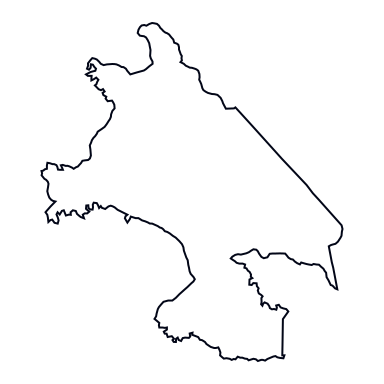 outline of Toledo, Paraná, Brazil
{"feature_id": "56859067B98926279804018", "entity_name": "Toledo", "entity_type": "district", "adm_level": 2, "iso_a3": "BRA", "parent_name": "Brazil", "parent_adm1": "Paraná", "projection": "robinson", "projection_center": [-53.821, -24.698], "detail": "fine", "context": "isolated", "style": "outline", "palette": "ink", "viewbox_px": 384, "rotation_deg": 0, "n_neighbors": 0, "source": "geoboundaries", "source_scale": "gbopen_adm2", "svg_char_len": 5570}
<svg xmlns="http://www.w3.org/2000/svg" viewBox="0 0 384 384"><path d="M235.4,107.4L234.0,108.4L225.9,108.7L224.4,105.9L223.0,103.2L222.3,101.1L220.6,97.8L217.5,94.9L214.6,94.2L211.9,94.0L207.9,92.9L205.5,91.6L203.4,90.1L202.4,88.3L201.2,83.9L200.2,81.7L199.2,79.7L199.6,77.2L199.4,74.0L198.2,70.7L196.5,69.4L194.8,68.7L191.9,67.8L189.7,67.6L188.0,66.7L185.8,65.7L183.8,63.8L180.5,62.1L181.9,60.4L181.5,58.2L181.8,56.0L180.7,54.2L179.8,51.6L179.0,49.5L179.0,47.2L178.3,44.7L176.8,43.6L174.2,42.7L173.3,39.5L172.0,38.1L170.8,36.7L169.1,34.5L167.1,33.2L165.4,32.6L163.4,31.1L161.9,29.4L160.3,27.9L159.0,25.7L157.0,23.9L154.2,23.3L152.1,23.0L149.3,24.0L146.4,25.7L144.2,25.0L141.6,25.5L140.0,27.1L138.5,29.7L137.7,33.0L139.8,35.6L141.9,36.0L143.9,36.2L146.0,37.4L147.6,39.9L149.2,43.2L149.9,47.0L150.5,50.0L150.3,53.3L150.1,55.9L150.8,58.4L152.5,61.5L152.6,63.8L149.4,66.2L145.9,69.2L143.9,70.5L136.6,72.5L130.3,74.4L127.3,70.9L125.9,68.7L123.5,67.1L121.6,67.0L119.1,65.5L116.5,64.4L114.6,64.1L112.4,64.0L106.9,64.4L103.6,65.1L100.8,63.8L99.2,61.8L96.8,59.5L94.9,58.7L92.3,58.1L90.4,60.2L88.0,63.3L88.1,65.8L87.0,68.7L89.0,69.7L90.6,67.8L90.9,64.3L92.9,64.7L94.3,66.9L96.0,68.7L95.3,70.8L93.6,71.2L90.6,72.0L86.0,74.4L87.9,75.9L89.7,75.9L91.6,75.9L91.4,78.1L91.4,80.4L94.0,79.1L96.2,77.6L98.4,79.8L97.2,81.9L96.4,84.2L94.9,85.4L96.7,87.2L98.6,89.2L101.0,90.2L103.0,89.1L104.6,91.5L102.6,92.9L103.4,95.1L106.3,96.7L105.6,98.6L107.7,101.2L112.0,100.6L113.1,102.3L114.3,104.7L114.6,108.4L112.4,110.9L111.1,114.4L110.9,116.8L109.9,119.2L108.7,120.9L106.7,124.1L104.6,126.9L101.7,129.0L97.7,131.7L96.8,133.8L95.1,136.2L93.5,137.8L91.9,140.2L91.1,142.6L89.8,145.4L90.4,149.5L90.9,155.6L89.9,158.5L88.1,160.0L84.7,160.4L82.4,160.8L81.0,163.1L79.3,164.9L77.9,166.5L75.9,167.3L73.7,168.8L72.0,167.6L69.2,166.3L67.5,165.8L65.7,165.9L62.8,164.9L60.9,165.3L61.9,167.3L62.9,169.8L59.9,169.8L58.0,169.6L57.3,166.8L56.4,165.1L54.1,164.1L52.4,164.1L49.8,163.2L47.4,162.8L46.9,165.6L46.9,168.8L44.8,169.3L43.3,170.6L41.5,171.0L42.1,173.3L41.6,175.3L44.4,178.8L46.1,179.8L47.8,181.7L48.5,183.8L48.0,187.3L47.3,191.2L48.1,194.4L49.3,197.6L51.2,199.8L53.0,200.9L55.4,201.5L50.6,206.4L45.5,212.2L47.3,214.8L47.9,217.6L48.4,222.0L50.4,220.1L52.2,219.6L54.5,222.8L57.7,223.6L58.6,220.4L57.8,217.5L56.5,214.4L57.6,212.3L59.7,214.5L61.9,210.9L63.8,210.3L65.9,215.5L69.0,214.6L70.8,214.8L70.6,212.3L72.9,210.3L75.8,211.0L77.0,213.9L79.2,215.8L80.7,217.0L84.0,218.3L82.8,214.7L84.7,213.4L87.2,213.4L89.3,211.6L87.6,210.2L86.0,208.8L86.3,205.5L88.3,205.3L88.5,208.0L90.3,209.5L92.6,209.6L93.0,207.2L92.8,204.7L93.7,202.7L96.8,203.1L98.1,205.4L99.1,208.0L100.8,206.1L101.9,207.8L105.2,209.0L108.5,206.4L110.7,205.7L112.6,206.3L114.7,207.4L117.6,209.8L122.0,212.0L127.4,214.7L125.5,216.3L124.9,218.3L127.4,222.6L129.9,219.0L130.8,216.6L135.5,218.1L138.4,218.1L142.1,220.4L145.1,221.3L148.0,222.5L149.7,223.5L152.2,223.6L157.8,226.1L159.8,227.5L161.6,228.0L163.2,229.2L164.8,231.2L167.4,232.0L169.9,233.5L172.8,235.8L175.7,237.6L179.4,241.2L182.0,244.2L183.4,247.3L183.9,250.7L186.3,257.5L187.7,260.2L188.3,264.9L189.0,267.8L189.6,271.2L190.7,273.9L193.5,277.0L194.8,279.2L193.4,281.5L191.3,283.3L187.5,287.0L184.2,289.9L179.4,294.2L175.9,297.8L172.4,300.5L168.3,300.5L163.5,301.8L161.0,304.6L158.9,307.1L157.8,309.2L156.6,313.6L156.1,316.4L154.5,318.9L159.3,322.9L158.9,325.2L159.3,327.5L162.3,327.5L165.0,327.9L166.9,327.5L166.9,329.6L163.8,331.7L164.7,333.6L166.6,333.7L167.7,337.0L171.8,336.2L174.0,338.8L172.5,340.1L173.7,341.9L175.9,342.0L176.1,338.8L177.7,337.6L178.7,340.0L181.1,341.0L182.7,338.1L185.1,337.6L188.9,337.9L190.2,336.5L189.7,333.5L192.5,332.7L192.2,334.8L195.9,336.2L198.2,337.1L199.9,339.8L201.9,340.1L203.6,341.1L205.1,342.1L206.4,344.0L208.0,345.1L210.7,346.9L214.1,348.0L215.9,348.0L218.3,347.4L219.5,349.9L220.4,352.5L220.1,355.4L221.9,357.0L223.8,358.6L226.5,358.2L229.7,358.8L231.7,359.9L233.7,359.0L235.5,359.3L237.7,356.7L240.3,357.7L242.4,357.7L244.8,358.6L247.2,358.9L248.6,360.3L250.5,359.7L253.4,358.8L255.9,359.3L257.9,361.0L261.1,359.9L262.9,359.9L265.1,360.6L267.4,359.0L273.4,356.5L275.5,356.1L277.3,357.3L279.9,357.9L283.4,358.3L284.4,355.3L282.3,355.3L282.5,344.9L282.9,319.1L288.3,311.5L286.3,309.1L283.3,308.4L280.6,307.4L278.8,304.8L276.2,305.5L276.9,307.7L276.3,309.7L274.0,309.0L271.9,309.3L269.9,308.1L269.3,306.2L267.6,303.7L264.6,302.4L263.1,303.8L262.4,305.7L261.1,304.2L261.6,302.2L261.4,298.1L262.6,296.3L261.3,295.0L258.8,293.4L257.8,290.5L258.6,288.3L256.9,286.2L256.6,283.3L253.3,283.1L251.7,285.0L249.3,284.7L249.4,282.4L249.5,279.5L252.3,278.1L250.8,276.8L251.0,274.5L249.6,271.9L247.9,270.7L246.5,268.4L244.4,267.7L245.1,264.5L242.6,263.6L239.3,263.6L236.6,262.8L234.9,261.2L233.0,260.0L230.8,258.5L232.3,256.7L235.2,254.9L238.0,254.2L240.9,254.6L243.4,254.0L246.3,253.3L248.9,252.2L251.2,250.6L253.4,249.3L256.3,249.7L257.8,251.2L259.2,253.8L261.4,256.9L263.8,258.2L267.4,257.3L269.7,253.8L272.9,253.5L276.2,253.5L279.9,253.4L283.4,253.5L285.2,253.6L286.8,255.5L288.5,257.7L290.8,259.1L292.9,259.5L294.8,261.5L297.2,263.2L299.9,264.4L301.2,262.5L303.9,263.3L306.4,264.0L308.8,264.5L311.7,265.0L313.6,264.0L316.4,264.5L319.0,264.7L320.9,266.6L323.4,268.7L324.7,271.0L326.1,272.7L326.6,277.2L328.5,280.3L330.7,285.0L332.5,285.6L335.1,288.4L337.3,289.3L335.4,279.2L333.2,267.7L331.8,262.2L328.8,246.3L331.1,245.0L332.8,244.5L335.5,243.8L337.9,241.7L340.4,237.9L341.5,235.8L341.9,231.6L342.5,229.0L341.6,225.3L318.8,199.7L312.9,193.3L306.6,185.0L281.8,158.7L256.5,130.6L248.9,122.2L235.4,107.4Z" fill="none" stroke="#020617" stroke-width="2"/></svg>